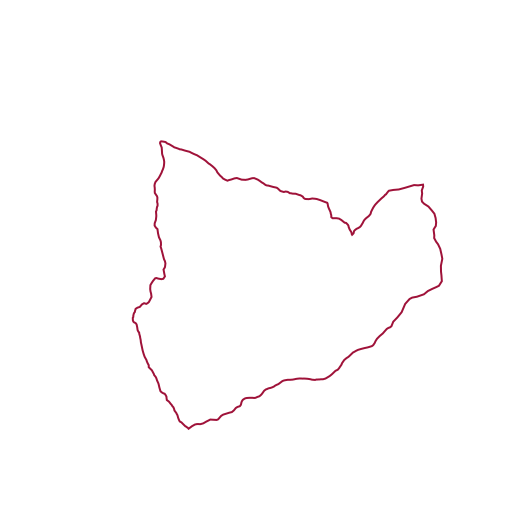 outline of Doga, Paro, Bhutan, rotated 46°
{"feature_id": "84629894B26183421967737", "entity_name": "Doga", "entity_type": "district", "adm_level": 2, "iso_a3": "BTN", "parent_name": "Bhutan", "parent_adm1": "Paro", "projection": "orthographic", "projection_center": [89.493, 27.296], "detail": "fine", "context": "isolated", "style": "outline", "palette": "rose", "viewbox_px": 512, "rotation_deg": 46, "n_neighbors": 0, "source": "geoboundaries", "source_scale": "gbopen_adm2", "svg_char_len": 6152}
<svg xmlns="http://www.w3.org/2000/svg" viewBox="0 0 512 512"><g transform="rotate(46 256 256)"><path d="M400.4,209.2L400.6,207.4L398.6,202.9L398.4,197.0L397.6,190.3L394.1,182.0L393.9,179.5L393.6,175.4L394.4,172.6L397.1,168.5L400.2,161.8L400.6,156.7L402.1,152.0L403.5,148.2L404.5,145.1L403.2,139.8L398.8,136.1L395.8,133.8L391.5,129.8L387.4,123.9L383.9,121.6L378.8,118.5L374.0,116.9L370.8,116.5L366.9,115.4L365.0,113.4L360.3,109.9L359.7,107.6L359.3,105.8L357.0,103.1L353.4,100.4L349.5,98.3L345.3,97.9L340.2,97.6L335.1,98.8L332.2,98.8L329.7,97.2L326.5,93.1L324.0,91.2L322.2,87.5L320.7,86.3L318.9,88.8L317.8,90.3L314.8,93.0L310.3,101.7L307.3,107.1L303.9,111.3L301.4,115.0L301.4,116.1L301.8,118.9L302.0,119.6L301.7,120.5L301.8,121.4L301.9,122.3L301.9,123.2L301.8,124.2L301.7,126.0L301.7,126.9L301.7,127.9L301.7,130.7L301.7,131.6L301.8,132.5L301.8,133.4L301.9,134.4L302.0,135.3L302.2,136.2L302.4,137.1L302.6,138.0L302.9,138.9L303.2,139.8L303.5,140.7L303.8,141.5L304.1,142.4L304.6,143.2L305.1,144.0L305.4,144.8L305.5,145.8L305.6,146.7L305.6,147.6L305.5,148.5L305.3,150.4L305.3,151.3L305.3,152.2L305.4,153.2L305.6,154.1L305.9,155.0L306.2,155.8L306.5,156.7L306.7,157.6L307.2,159.4L307.3,160.3L307.3,161.3L307.1,162.2L306.9,163.1L306.6,163.9L306.3,164.8L306.2,165.7L306.1,166.6L306.1,167.3L306.2,168.2L306.8,169.1L307.4,170.0L307.5,171.1L307.5,172.1L306.7,171.9L306.1,171.4L305.3,171.0L304.5,170.7L302.8,170.4L302.0,170.2L299.5,169.2L298.7,168.6L297.4,168.2L296.3,168.2L294.8,168.2L293.6,169.1L292.0,169.3L289.4,169.6L288.3,169.9L286.8,170.3L284.9,171.7L282.7,173.9L282.3,174.5L281.3,174.8L280.3,174.8L278.9,173.5L277.5,172.8L276.2,171.9L274.3,171.2L272.8,170.7L271.1,170.0L270.1,169.5L268.2,168.2L267.2,167.8L265.0,168.9L260.4,171.0L257.2,172.7L255.8,173.8L253.7,175.6L252.7,177.2L251.7,178.6L249.8,180.4L249.1,181.0L248.1,181.3L247.3,181.4L245.8,181.1L243.2,181.8L242.2,182.5L238.8,184.2L236.5,186.4L235.1,187.3L234.3,188.1L232.6,188.4L231.8,188.7L230.2,189.9L229.3,191.5L226.9,192.9L226.0,193.3L222.8,193.4L221.5,193.6L220.6,194.1L218.4,195.6L213.8,198.3L213.1,199.0L211.6,199.8L208.8,200.2L207.6,200.6L206.6,200.8L204.8,201.1L202.5,201.6L201.0,202.2L200.1,202.6L198.7,203.2L197.7,204.3L197.1,205.2L195.9,207.5L195.3,208.7L193.9,210.7L191.1,213.3L186.6,215.6L185.2,217.6L184.1,220.0L183.6,221.0L182.6,222.7L182.0,224.2L179.6,225.2L177.3,225.9L175.6,225.8L173.2,226.0L169.0,225.7L166.8,225.0L164.0,224.8L161.1,225.0L157.5,225.5L156.8,225.8L153.8,226.0L152.4,226.1L149.9,226.6L146.0,227.6L142.4,228.5L141.6,228.9L139.5,229.8L136.8,230.8L134.9,231.4L132.6,232.8L130.8,233.9L127.5,235.7L126.2,236.8L125.3,237.1L122.3,238.6L121.1,239.3L119.6,239.6L115.5,240.7L113.3,241.7L111.2,241.9L109.2,243.3L107.6,244.6L107.5,245.6L108.1,246.6L109.8,247.4L112.5,248.5L113.7,249.5L117.2,252.5L118.2,253.1L121.1,254.4L122.8,255.4L124.5,256.6L125.9,258.1L126.9,259.3L127.8,260.5L129.0,262.8L129.7,264.6L130.4,265.9L131.0,267.7L131.6,269.4L132.3,271.7L132.5,272.9L132.9,276.8L133.3,277.7L133.9,278.9L135.0,280.3L136.5,281.4L138.1,282.8L139.2,284.0L140.4,285.0L144.3,285.7L145.4,286.3L146.6,287.5L148.4,289.6L149.9,290.4L151.0,291.4L151.6,292.1L151.9,293.0L152.8,294.3L154.0,295.7L154.6,297.1L157.4,299.4L158.4,300.4L160.6,303.1L161.9,305.8L162.4,306.5L163.7,307.8L166.0,308.3L168.2,308.2L171.6,310.7L175.1,312.8L178.4,313.9L180.0,314.8L182.1,316.7L182.9,318.1L185.0,319.1L189.1,321.4L192.6,323.4L194.4,324.4L196.5,325.1L198.4,326.3L200.3,328.6L200.9,329.5L201.5,331.9L205.4,334.5L207.4,335.7L208.0,338.5L207.0,340.1L204.4,342.0L202.6,343.0L202.0,344.1L202.4,347.5L203.0,350.1L203.6,352.2L206.3,355.1L208.2,356.5L210.2,357.6L212.9,359.6L214.7,365.0L214.6,366.8L214.2,368.2L212.2,369.3L211.6,371.6L211.9,375.0L210.8,377.2L210.4,379.3L211.0,380.3L211.4,381.1L212.1,382.0L212.2,382.9L212.6,384.0L213.7,385.7L214.6,386.6L214.9,387.6L216.8,389.3L218.0,389.8L219.0,389.8L220.0,389.4L221.1,389.2L222.4,389.5L224.8,391.0L227.0,392.6L228.7,393.2L229.8,393.2L231.0,394.1L233.3,395.3L234.2,396.0L236.3,397.3L238.2,398.8L240.5,400.2L245.1,403.1L248.3,404.8L251.1,406.1L254.8,407.1L255.9,407.7L258.1,408.5L260.0,409.0L261.5,410.4L265.9,410.3L270.1,411.5L271.0,412.0L273.0,412.1L274.7,412.6L276.7,413.6L279.8,414.7L281.1,415.4L283.4,416.8L286.8,418.6L288.3,418.6L290.6,418.0L291.5,417.4L293.2,417.6L294.9,418.1L296.4,419.3L297.7,420.2L300.0,419.8L300.7,419.8L303.3,420.1L304.6,420.1L305.5,420.4L307.5,420.5L309.2,421.2L310.5,422.0L312.1,422.2L313.6,422.4L314.7,422.8L315.7,423.0L316.9,423.6L318.1,424.3L320.2,425.2L321.7,425.7L322.6,425.7L323.8,425.2L325.5,425.2L329.5,425.1L330.4,424.7L331.2,424.7L332.1,424.4L333.4,424.5L333.7,422.3L334.0,420.0L334.3,419.0L334.8,417.0L335.9,415.2L338.4,412.7L339.7,410.3L340.0,409.2L340.6,406.7L341.1,405.2L341.9,402.5L346.6,398.2L347.2,396.7L346.8,392.1L347.3,389.8L349.0,386.4L350.2,384.0L351.5,381.8L351.7,379.1L351.3,376.2L351.7,374.2L352.8,372.0L352.6,370.5L352.1,369.5L351.2,368.2L350.7,367.1L350.5,366.3L350.3,365.4L350.7,363.2L351.1,362.3L351.5,361.6L352.2,360.7L354.1,358.5L355.5,357.1L356.9,355.9L357.7,354.8L358.1,353.6L358.4,352.8L359.1,351.4L359.3,350.7L359.4,348.8L359.3,347.6L359.0,345.8L358.7,344.4L358.6,343.5L358.9,341.4L359.4,340.4L359.7,339.4L360.3,338.2L360.8,337.5L361.3,336.5L361.8,335.4L362.4,333.6L362.5,332.4L363.0,330.7L363.6,329.2L363.8,328.2L364.3,324.0L364.7,322.9L365.3,321.8L367.0,319.3L368.8,317.4L370.3,315.6L371.3,314.1L372.2,312.6L373.0,311.5L374.5,309.6L376.6,307.6L377.5,306.6L378.8,305.4L380.4,304.0L382.4,302.5L383.9,301.6L386.2,299.6L386.8,298.4L387.9,297.2L388.8,296.2L389.8,294.9L390.7,294.0L391.4,293.1L391.9,292.1L392.4,291.2L392.7,290.0L393.1,288.3L393.5,286.6L393.7,284.8L393.8,283.3L393.8,279.7L393.8,278.6L394.6,276.2L394.5,275.1L394.4,274.0L394.2,273.3L393.5,269.8L393.0,269.0L392.8,268.3L392.4,266.3L392.1,264.8L392.3,261.8L392.7,260.0L392.8,258.9L392.8,257.8L392.8,254.3L392.8,253.2L393.2,252.0L393.7,249.9L394.4,247.8L395.8,245.1L397.5,242.1L399.3,239.2L400.5,236.9L401.3,235.3L401.5,234.1L401.5,233.3L401.3,232.5L401.1,231.3L400.5,229.8L400.1,228.6L399.6,226.4L399.5,222.6L399.7,219.8L399.8,218.7L399.5,215.3L399.3,212.6L399.7,210.7L400.4,209.2Z" fill="none" stroke="#9f1239" stroke-width="2"/></g></svg>